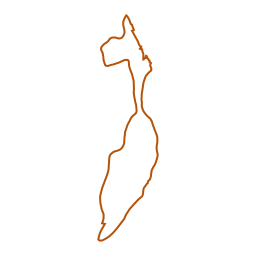 Nghia Hung, Nam Định, Vietnam (orthographic projection)
{"feature_id": "81297802B4294080644708", "entity_name": "Nghia Hung", "entity_type": "district", "adm_level": 2, "iso_a3": "VNM", "parent_name": "Vietnam", "parent_adm1": "Nam Định", "projection": "orthographic", "projection_center": [106.157, 20.1], "detail": "fine", "context": "isolated", "style": "outline", "palette": "amber", "viewbox_px": 256, "rotation_deg": 0, "n_neighbors": 0, "source": "geoboundaries", "source_scale": "gbopen_adm2", "svg_char_len": 5601}
<svg xmlns="http://www.w3.org/2000/svg" viewBox="0 0 256 256"><path d="M141.8,106.0L141.8,105.1L141.9,103.0L141.9,102.0L141.7,101.0L141.5,100.4L141.5,99.9L141.6,97.2L141.7,95.9L141.7,94.5L142.0,92.5L142.4,89.9L142.8,87.1L143.2,84.3L143.5,82.8L143.7,81.9L144.4,79.8L145.1,77.8L145.5,76.7L146.0,75.8L147.6,73.9L148.7,72.6L150.0,71.5L150.7,70.9L151.3,70.4L151.3,70.1L151.1,69.7L151.3,69.1L151.4,68.8L151.3,68.3L151.2,68.0L151.1,67.7L151.0,67.4L150.9,67.1L150.8,66.9L150.5,66.6L150.4,66.5L150.4,66.2L150.3,65.6L150.3,64.9L150.4,64.5L150.5,64.1L150.8,63.4L150.9,63.2L150.9,62.9L150.7,62.7L150.4,62.5L150.2,62.5L149.9,62.5L149.7,62.4L149.5,62.1L149.5,61.6L149.6,61.0L149.6,60.8L149.5,60.6L149.3,60.4L148.9,60.2L148.6,60.0L148.6,59.9L148.5,59.2L148.4,59.1L148.3,58.9L147.6,58.5L147.4,58.4L147.4,58.2L147.3,57.8L147.2,57.4L147.1,57.1L147.0,56.8L146.5,56.0L146.3,55.7L146.2,55.7L146.0,55.8L146.0,56.0L146.2,57.1L146.2,57.3L146.0,57.5L145.5,57.7L145.4,57.7L145.4,57.8L145.3,58.1L145.1,58.2L144.3,58.4L143.8,58.6L143.7,58.7L143.7,59.0L143.7,59.4L143.3,59.5L143.4,55.3L143.4,54.3L143.3,54.0L143.2,53.5L142.5,51.6L142.3,51.2L142.3,50.9L142.1,49.3L140.6,49.2L140.3,49.1L140.1,49.0L140.0,48.9L139.9,48.8L140.0,48.7L140.6,48.0L140.9,47.7L141.0,47.5L141.2,47.2L141.3,46.9L141.3,46.7L141.1,46.7L140.9,46.6L140.6,46.6L140.0,46.1L139.5,45.2L139.0,44.4L138.9,44.1L138.0,41.8L137.6,40.9L137.2,40.1L136.5,38.9L134.3,34.9L134.2,34.8L133.5,33.4L132.0,30.8L133.3,30.3L133.6,30.2L133.8,30.1L133.9,29.9L133.9,29.7L133.5,29.0L133.4,28.8L133.0,27.8L132.9,27.6L132.8,27.1L132.2,25.7L132.1,25.2L132.1,24.8L132.0,24.7L131.8,24.5L131.4,24.4L131.2,24.3L131.0,24.2L130.8,23.8L130.0,22.1L129.9,21.8L129.6,20.5L129.2,19.6L128.6,18.4L128.3,18.0L127.8,17.1L127.3,16.5L127.0,16.1L126.3,15.4L125.7,16.2L125.3,16.9L125.1,17.4L124.7,18.1L124.5,18.5L124.2,19.1L123.7,20.4L123.5,21.1L123.3,21.8L123.2,22.9L123.2,23.3L123.2,24.6L123.4,25.6L123.4,25.9L123.7,27.4L124.0,28.4L124.3,29.7L124.4,30.2L124.5,31.0L124.5,32.0L124.5,32.5L124.5,32.8L124.4,33.1L124.2,33.9L123.9,34.6L123.3,35.9L122.9,36.5L122.6,36.9L122.2,37.3L121.4,37.9L120.8,38.2L120.2,38.3L119.6,38.4L119.0,38.5L118.7,38.5L118.2,38.4L117.2,38.1L115.6,37.6L115.1,37.5L113.8,37.5L112.6,37.5L112.1,37.6L111.7,37.7L111.4,37.8L111.1,38.0L110.8,38.2L109.9,38.8L109.4,39.2L109.2,39.5L108.7,40.6L108.3,41.0L108.1,41.2L107.5,41.7L106.4,42.6L105.5,43.2L105.0,43.5L104.4,43.9L103.7,44.5L103.2,45.0L102.8,45.4L101.8,46.7L101.5,47.0L101.3,47.3L101.3,47.8L101.1,48.4L101.1,48.9L101.1,49.3L101.1,49.7L101.6,50.8L102.1,51.8L102.5,52.5L102.6,52.8L102.8,53.9L103.0,55.2L103.2,55.9L103.3,56.7L103.5,59.3L103.7,60.3L103.7,60.6L104.0,61.5L104.9,64.3L105.1,64.8L105.4,65.3L105.6,65.5L105.9,65.6L106.3,65.8L106.5,65.9L107.1,65.9L107.9,65.9L108.3,65.8L108.9,65.7L109.4,65.5L110.8,65.0L113.9,64.3L114.9,63.9L117.6,63.0L119.2,62.5L119.8,62.2L121.4,61.4L123.8,60.3L124.6,60.1L125.1,60.0L125.5,59.9L126.1,59.9L127.0,59.9L127.3,59.9L127.5,60.0L127.9,60.1L128.1,60.3L128.3,60.5L128.7,61.2L128.8,62.0L129.0,65.0L129.1,65.8L129.5,67.5L129.9,68.7L131.2,72.3L131.6,73.3L132.0,74.2L132.3,75.4L132.9,78.0L133.1,78.6L133.4,79.6L133.5,80.2L133.6,80.9L133.7,82.2L133.8,84.4L133.8,85.5L133.9,86.6L133.9,87.8L133.9,89.1L133.8,92.1L133.8,93.0L133.9,94.2L134.1,95.4L134.3,96.7L135.0,100.6L135.5,102.9L135.8,103.8L136.0,104.5L136.3,106.6L136.5,109.5L136.6,110.4L136.6,111.1L136.5,111.7L136.2,112.5L136.0,113.0L135.8,113.3L135.2,113.9L133.4,115.4L132.8,115.9L132.0,116.7L131.7,117.1L131.1,117.9L131.0,118.1L129.6,121.0L128.9,122.2L128.3,123.4L127.7,124.5L127.2,125.7L126.8,126.9L125.5,131.0L125.1,131.8L125.0,132.3L124.9,133.5L124.9,134.7L124.8,135.1L124.6,136.6L124.5,137.7L124.4,138.8L124.3,141.2L124.2,142.5L124.1,143.2L123.9,144.1L123.7,144.5L123.3,145.6L122.7,146.7L122.3,147.4L121.7,148.1L121.1,148.7L120.7,149.0L120.3,149.4L119.6,149.8L119.1,150.0L118.4,150.3L116.4,151.0L115.3,151.3L114.1,151.6L113.7,151.9L113.2,152.2L112.2,152.9L111.7,153.4L111.0,154.0L110.6,154.4L110.3,154.8L110.1,155.1L109.9,155.6L109.7,156.3L109.5,156.8L109.4,157.6L109.2,158.9L109.1,160.3L109.1,161.8L108.9,163.9L108.8,165.3L108.7,166.1L108.7,167.9L108.6,168.9L108.3,170.7L108.1,171.6L107.5,173.6L107.1,174.8L106.6,176.4L104.7,181.2L104.6,181.7L103.2,185.2L102.5,187.1L101.5,190.5L101.2,191.7L100.8,193.1L100.7,193.8L100.1,196.7L100.1,197.1L100.1,198.3L100.2,199.7L100.4,202.8L100.6,204.3L100.9,205.5L101.3,207.0L101.4,208.2L101.7,209.2L101.8,209.8L102.2,210.7L103.0,212.7L103.3,213.4L103.6,214.4L103.6,216.5L103.6,217.4L103.5,218.6L103.4,219.2L103.3,219.9L102.1,223.3L104.9,223.9L101.1,230.5L99.5,234.4L98.3,239.3L98.6,239.9L99.5,240.5L101.5,240.6L103.0,240.1L106.5,238.2L109.3,236.3L113.3,232.6L116.8,228.5L122.9,220.6L124.2,218.9L125.9,214.9L129.7,209.0L134.6,203.5L139.0,198.8L140.9,197.4L142.1,196.2L142.6,195.3L142.9,194.3L143.1,192.8L143.3,190.6L143.5,189.1L143.9,188.0L146.8,183.9L147.6,183.4L147.8,182.8L148.0,181.7L148.3,181.0L148.5,180.8L149.0,180.3L149.7,179.6L150.0,179.1L150.4,178.2L150.7,177.1L151.0,175.8L151.1,174.8L151.3,172.7L151.5,171.4L151.7,170.4L152.0,169.6L152.6,168.5L152.9,167.8L153.9,166.1L154.5,165.2L155.1,164.2L155.7,162.6L156.3,160.8L157.2,157.7L157.5,156.5L157.7,154.9L157.6,154.3L157.3,152.6L156.7,149.8L156.7,148.8L156.6,146.9L156.7,146.1L156.8,145.1L157.0,143.9L157.3,142.7L157.3,141.8L157.4,139.0L157.3,137.6L157.2,137.0L156.8,135.2L156.2,133.7L155.7,132.4L154.6,129.5L152.7,124.4L152.0,122.0L151.7,121.1L151.1,120.1L150.5,119.1L149.6,118.1L148.8,117.3L147.7,116.4L146.3,115.0L145.3,113.7L143.9,111.8L143.3,110.8L142.6,109.0L142.3,108.0L141.9,106.8L141.8,106.0Z" fill="none" stroke="#b45309" stroke-width="2"/></svg>